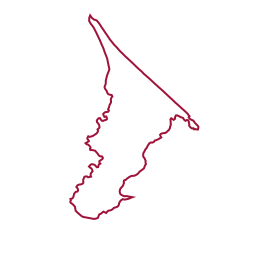 outline of Jandaíra, Bahia, Brazil, rotated 286°
{"feature_id": "56859067B28100829711010", "entity_name": "Jandaíra", "entity_type": "district", "adm_level": 2, "iso_a3": "BRA", "parent_name": "Brazil", "parent_adm1": "Bahia", "projection": "mercator", "projection_center": [-37.598, -11.607], "detail": "fine", "context": "isolated", "style": "outline", "palette": "rose", "viewbox_px": 256, "rotation_deg": 286, "n_neighbors": 0, "source": "geoboundaries", "source_scale": "gbopen_adm2", "svg_char_len": 4424}
<svg xmlns="http://www.w3.org/2000/svg" viewBox="0 0 256 256"><g transform="rotate(286 128 128)"><path d="M41.3,92.8L40.2,93.6L39.9,94.8L39.0,96.8L37.6,98.8L35.8,99.6L34.0,100.5L33.1,102.2L32.5,103.4L31.7,105.0L31.1,106.4L30.5,107.7L30.2,109.1L30.3,111.0L30.8,115.9L31.1,119.3L31.3,120.7L32.3,122.5L33.2,123.8L35.4,124.0L37.1,124.2L37.9,125.4L39.4,126.4L40.8,127.4L40.6,129.0L40.3,130.4L41.9,131.1L43.1,131.9L43.6,133.1L44.5,134.5L45.7,135.6L47.3,136.4L48.2,137.8L49.0,139.1L50.2,140.0L51.9,140.4L53.0,140.2L54.7,140.4L56.6,141.2L58.2,142.6L58.1,143.9L58.7,145.5L59.8,147.4L60.4,148.5L61.4,149.5L62.7,151.3L62.1,144.9L61.5,143.8L61.4,142.6L61.7,141.0L62.2,139.2L63.1,138.3L64.9,137.4L67.2,137.3L68.7,137.9L69.9,138.5L71.1,139.1L72.4,139.1L74.1,139.3L75.2,138.7L76.4,138.6L77.5,140.1L78.8,140.8L79.8,141.6L80.9,142.4L81.9,143.4L83.0,144.7L83.4,146.1L84.1,147.6L85.6,149.2L87.3,150.4L89.3,151.2L90.7,152.3L92.1,153.4L93.5,154.4L95.2,154.6L96.8,154.7L98.2,155.2L99.5,154.4L101.3,154.0L102.3,153.2L103.7,152.0L104.6,150.6L106.0,150.1L107.9,149.7L109.1,150.0L110.8,150.4L112.3,150.6L113.8,151.4L115.6,151.7L117.0,152.0L119.3,152.8L120.4,154.0L120.6,155.3L121.7,156.7L123.2,157.1L124.0,158.3L125.6,160.3L126.9,161.4L128.0,162.6L129.0,161.7L130.2,160.7L131.4,161.2L132.2,162.3L133.0,163.9L133.7,165.5L134.8,166.3L136.2,167.1L137.5,167.9L139.3,168.3L141.0,168.1L142.9,168.3L144.2,167.8L146.4,167.1L147.9,166.4L149.3,166.9L148.9,168.2L148.4,169.6L149.9,170.7L151.4,170.2L153.3,170.6L153.7,172.0L153.4,173.9L152.9,175.8L152.9,178.0L151.9,179.1L151.1,180.2L150.8,181.4L151.8,182.2L152.1,183.4L151.1,184.6L149.9,185.0L148.6,185.9L147.3,186.1L146.4,186.9L145.6,188.4L145.2,189.8L145.8,191.0L144.9,191.9L145.6,193.2L145.5,194.5L145.8,195.6L147.2,195.6L148.6,195.3L149.5,194.3L150.1,193.1L150.7,192.0L151.5,190.7L152.4,189.8L153.2,188.4L153.3,187.1L153.8,185.1L154.9,183.4L156.3,183.9L157.1,182.5L158.1,181.5L159.0,179.8L159.6,178.6L160.2,177.4L160.8,176.2L161.5,174.7L162.2,173.2L162.9,172.0L163.4,170.8L164.1,169.4L164.8,168.0L165.3,166.8L166.1,165.4L166.8,164.0L167.5,162.7L168.5,160.7L169.4,158.9L170.2,157.3L170.8,156.2L171.4,155.0L172.1,153.6L172.8,152.3L173.4,151.1L174.2,149.4L174.9,148.0L176.3,145.0L176.9,144.0L177.6,142.3L179.0,139.6L179.7,138.2L180.4,136.9L181.1,135.5L181.6,134.4L182.7,132.0L183.5,130.5L184.2,128.7L185.4,126.7L186.2,125.3L187.6,122.3L188.8,119.9L190.3,117.1L191.4,115.0L192.8,112.3L194.1,109.8L195.1,107.8L195.9,106.1L197.0,104.1L198.2,102.0L199.6,99.2L201.6,96.2L202.4,95.0L203.8,92.5L205.0,90.6L205.9,89.4L206.9,87.9L208.5,85.7L209.8,84.3L210.6,83.3L211.7,82.0L212.8,80.6L213.6,79.6L215.1,77.9L216.5,76.2L217.5,74.9L218.5,73.8L219.7,72.5L220.9,71.0L221.9,69.5L222.7,68.4L222.9,66.9L222.8,65.6L223.8,63.1L225.8,60.6L223.2,60.4L220.1,61.2L217.9,63.5L216.5,65.5L215.0,67.4L210.8,71.3L206.7,74.9L204.7,76.7L201.1,79.6L197.8,82.4L194.6,84.6L189.1,88.8L184.4,91.2L181.8,92.6L179.9,93.7L178.7,93.9L177.3,93.8L174.5,93.5L172.0,93.4L169.8,93.5L167.4,93.6L165.6,94.1L164.4,94.4L162.8,94.3L161.1,94.1L159.8,94.8L158.7,96.0L157.8,97.2L156.6,98.1L155.7,98.8L155.1,99.9L155.0,101.4L155.2,103.2L154.0,104.3L152.7,103.7L150.7,103.6L149.3,104.2L148.0,104.6L146.6,104.3L144.8,103.9L142.4,104.0L140.5,103.7L139.6,104.8L138.1,104.4L137.4,102.8L136.8,101.6L135.7,100.8L134.6,100.3L133.6,100.9L132.2,102.3L133.1,103.7L132.1,104.8L130.6,105.3L129.7,104.5L128.9,103.2L127.9,102.0L127.8,100.7L128.7,99.5L129.8,98.3L129.1,96.9L127.8,96.4L126.7,95.9L125.1,96.6L124.2,98.1L123.0,99.4L121.9,100.0L120.4,100.5L119.2,99.7L118.2,99.1L117.2,100.0L115.2,99.8L113.7,99.0L112.8,98.2L111.9,97.5L110.7,96.4L109.8,95.1L108.9,93.6L109.1,92.1L107.6,91.7L106.4,91.9L105.7,93.0L104.6,94.0L103.2,92.8L101.7,91.4L101.0,92.6L101.0,94.4L100.0,96.3L98.7,97.5L97.3,97.2L96.4,98.0L96.9,99.4L97.0,100.5L97.1,102.6L95.9,104.5L95.0,105.9L93.9,107.1L93.1,108.6L93.5,110.9L92.4,112.1L91.0,111.9L89.7,110.8L88.3,109.6L86.8,110.1L86.1,111.2L84.9,110.0L83.6,110.0L82.2,110.0L81.7,108.9L82.3,107.8L83.2,106.5L83.5,104.8L83.1,102.8L81.9,101.9L80.2,101.1L79.4,102.7L79.0,104.1L78.0,104.9L76.7,105.9L75.2,105.2L74.1,104.8L72.3,105.0L71.1,105.9L70.4,104.8L69.6,103.2L70.1,102.1L69.9,100.9L69.1,99.6L67.8,99.4L65.8,99.2L64.1,99.8L62.9,100.2L61.8,99.6L60.7,98.1L60.1,96.5L58.9,95.2L57.1,94.6L56.5,95.5L55.7,96.5L54.4,97.2L53.1,97.0L52.1,95.3L50.2,94.4L48.1,94.4L46.3,94.5L44.9,93.8L43.9,92.2L42.7,93.0L41.3,92.8Z" fill="none" stroke="#9f1239" stroke-width="2"/></g></svg>